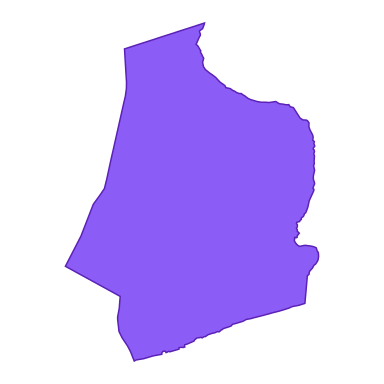 the district of La Dade-kotopon, Greater Accra, Ghana
{"feature_id": "2480657B88791559733000", "entity_name": "La Dade-kotopon", "entity_type": "district", "adm_level": 2, "iso_a3": "GHA", "parent_name": "Ghana", "parent_adm1": "Greater Accra", "projection": "albers", "projection_center": [-0.148, 5.589], "detail": "fine", "context": "isolated", "style": "filled", "palette": "violet", "viewbox_px": 384, "rotation_deg": 0, "n_neighbors": 0, "source": "geoboundaries", "source_scale": "gbopen_adm2", "svg_char_len": 2823}
<svg xmlns="http://www.w3.org/2000/svg" viewBox="0 0 384 384"><path d="M307.5,120.7L306.4,120.1L302.9,119.9L300.1,118.1L293.4,107.6L290.2,106.7L288.8,104.6L286.3,104.8L282.7,104.1L279.8,103.8L277.8,102.9L275.9,101.5L269.2,102.5L264.7,102.2L261.1,102.2L257.1,101.5L250.6,99.6L247.9,98.3L244.3,95.5L243.4,95.2L241.4,93.6L238.8,93.4L236.7,92.6L234.7,91.2L232.7,90.4L230.3,88.6L225.7,87.6L225.4,86.4L224.7,85.4L220.0,82.1L217.3,79.2L215.8,77.5L212.3,74.8L209.6,73.0L205.5,69.7L203.5,66.7L202.6,62.4L203.7,58.3L202.7,56.5L202.0,54.9L200.4,52.0L200.8,51.0L197.8,45.8L196.1,44.4L199.3,37.2L200.3,35.4L200.4,34.3L199.5,31.7L199.6,30.8L202.6,28.7L204.1,24.7L204.5,23.0L124.5,48.9L126.0,74.0L126.5,82.0L126.4,88.7L125.8,92.9L125.4,96.1L123.8,102.8L116.8,133.9L112.9,151.2L111.2,158.6L106.8,178.9L104.4,188.6L100.4,194.5L93.3,204.3L81.0,236.0L65.4,266.3L120.2,296.4L119.4,305.9L119.3,308.0L117.6,317.1L117.7,320.0L119.0,331.5L122.1,337.8L127.5,345.9L130.6,351.8L134.2,361.0L136.4,359.9L143.7,358.7L153.1,355.9L161.8,354.3L162.0,352.3L163.6,351.1L165.4,351.4L166.1,352.6L166.8,352.4L167.7,351.8L169.1,351.3L169.9,351.8L171.9,351.2L176.8,349.8L179.0,349.1L179.0,347.8L180.8,347.3L183.2,347.5L184.8,347.0L184.5,345.7L184.7,344.8L187.4,344.0L194.1,341.0L194.7,339.6L195.5,339.3L196.1,338.6L197.3,337.8L198.9,337.8L200.9,337.3L202.1,337.9L204.2,336.6L205.4,336.6L208.1,334.7L211.7,333.5L215.1,332.7L217.1,331.7L219.3,331.8L221.5,329.8L222.4,329.5L223.3,328.6L229.9,326.5L231.4,325.8L232.4,324.3L235.7,323.5L242.9,321.3L246.4,319.4L251.0,318.6L253.7,317.8L262.0,315.7L273.3,312.6L278.6,311.3L284.9,309.4L289.5,307.9L291.4,306.9L293.1,306.4L295.7,305.9L298.6,305.4L304.9,303.4L306.8,282.1L307.1,278.5L307.4,275.7L309.0,274.4L309.3,272.1L309.9,270.9L312.4,268.2L314.0,265.2L315.6,264.1L317.3,261.5L318.1,259.8L318.3,258.3L318.6,256.8L318.5,254.5L318.3,252.5L317.2,251.0L316.3,247.9L315.2,247.3L313.0,246.5L310.6,246.0L308.0,245.7L305.3,245.3L302.6,245.7L299.9,246.4L298.0,245.5L297.2,244.8L296.2,243.7L295.4,242.6L294.3,240.7L294.6,239.4L294.5,237.8L295.0,237.3L296.0,237.8L297.1,237.4L297.2,235.8L299.3,233.2L297.3,231.2L297.3,229.8L296.4,228.0L297.3,226.9L297.4,224.8L296.5,223.6L296.7,222.4L298.3,221.8L299.5,221.6L300.2,220.3L301.3,219.5L301.3,218.1L302.0,217.4L302.8,217.0L303.8,215.8L304.4,213.8L305.7,212.8L306.9,209.8L307.7,207.6L308.5,204.2L309.2,200.8L313.7,190.9L313.9,189.2L313.1,188.6L313.2,187.1L314.5,184.2L314.6,183.2L314.1,181.4L313.4,179.5L313.3,176.6L313.6,174.9L314.6,170.3L313.6,165.7L314.3,163.7L314.1,161.1L314.3,158.2L314.4,157.0L314.5,156.0L313.8,153.8L314.5,151.4L314.1,149.9L313.2,148.9L313.3,148.1L314.8,146.1L313.9,143.6L314.3,141.5L312.8,140.3L313.0,138.3L313.1,137.6L313.0,136.1L312.3,134.3L310.0,129.9L309.2,127.7L308.9,126.5L309.0,122.8L307.5,120.7Z" fill="#8b5cf6" stroke="#5b21b6" stroke-width="1.5"/></svg>